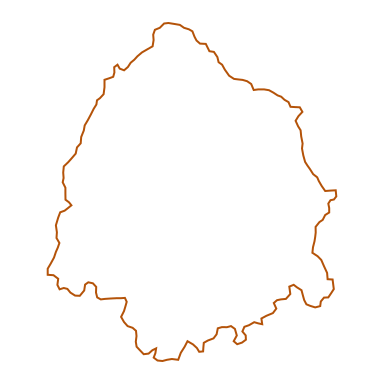 Ritápolis, Minas Gerais, Brazil
{"feature_id": "56859067B14285827347631", "entity_name": "Ritápolis", "entity_type": "district", "adm_level": 2, "iso_a3": "BRA", "parent_name": "Brazil", "parent_adm1": "Minas Gerais", "projection": "robinson", "projection_center": [-44.372, -20.976], "detail": "fine", "context": "isolated", "style": "outline", "palette": "amber", "viewbox_px": 384, "rotation_deg": 0, "n_neighbors": 0, "source": "geoboundaries", "source_scale": "gbopen_adm2", "svg_char_len": 2817}
<svg xmlns="http://www.w3.org/2000/svg" viewBox="0 0 384 384"><path d="M148.6,353.6L152.4,350.2L156.1,348.4L155.4,353.1L153.7,357.6L157.5,360.5L162.5,361.0L167.0,359.8L171.9,359.0L178.2,359.8L180.8,352.8L184.6,346.8L187.5,341.2L193.0,344.4L196.9,348.0L199.2,351.8L203.1,351.4L203.4,347.1L203.8,342.8L207.9,340.5L213.5,338.4L216.6,334.3L217.8,328.3L222.0,327.1L226.9,327.2L231.0,326.1L234.9,328.9L236.8,335.5L233.7,341.2L237.2,344.2L242.0,342.6L245.9,339.7L245.7,335.4L242.4,331.5L244.4,326.8L249.0,325.2L254.2,322.2L258.4,323.4L262.2,324.2L261.4,318.5L266.4,315.8L272.9,313.1L276.3,308.6L273.8,303.0L277.0,300.2L280.8,299.4L285.9,298.9L290.3,294.0L289.3,286.6L293.7,284.8L296.9,287.3L301.5,290.2L303.1,296.2L304.2,300.1L306.4,304.3L310.3,305.9L315.2,307.4L320.2,306.1L320.8,301.5L324.0,297.6L328.3,297.4L331.2,293.1L333.8,289.1L333.2,284.4L332.6,279.5L327.6,279.2L327.1,272.9L324.0,266.2L321.3,260.0L317.6,256.2L312.4,252.8L313.0,247.2L314.5,241.3L315.2,236.9L315.7,232.6L315.6,226.9L319.4,222.1L322.7,219.9L325.2,215.0L329.2,212.5L329.2,208.0L328.3,203.6L330.5,200.2L333.9,199.5L336.3,196.4L335.7,190.3L330.3,190.6L325.2,191.0L321.7,186.0L318.8,181.0L317.2,177.3L313.2,174.2L309.9,169.0L307.4,165.5L305.1,161.9L303.3,155.4L302.0,148.5L302.6,143.5L301.2,136.4L300.6,130.3L298.1,126.3L295.6,120.8L298.4,116.2L302.4,111.9L299.8,107.3L295.3,107.1L290.5,106.8L288.5,102.1L284.5,99.8L281.2,96.7L277.6,95.4L273.5,92.7L269.0,90.2L264.1,89.4L258.2,89.4L253.7,90.0L251.2,84.0L247.1,81.2L242.6,79.9L238.9,79.5L234.0,78.9L229.1,75.7L224.8,69.6L222.1,64.7L218.6,62.2L217.4,57.1L213.9,51.9L209.4,51.2L205.8,43.9L200.0,43.6L196.5,40.5L194.5,36.7L192.4,31.3L188.9,29.3L184.0,27.8L179.9,24.9L174.6,24.0L168.4,23.0L164.1,23.5L159.8,27.8L154.9,29.8L153.2,34.7L153.6,40.1L152.6,46.3L147.0,49.5L142.0,52.4L137.5,56.2L134.2,59.8L130.7,62.7L127.9,67.0L124.1,70.3L119.7,68.6L117.5,64.7L114.2,67.2L114.4,72.5L113.2,76.8L109.4,78.2L104.5,79.8L104.5,87.2L103.6,94.2L99.9,98.2L97.0,100.3L96.4,104.5L93.7,108.8L90.9,114.4L87.8,120.2L84.7,125.4L83.8,130.5L81.2,137.0L80.7,143.3L77.0,147.4L75.7,153.6L72.1,157.8L68.3,162.1L63.8,166.4L63.2,172.6L63.6,178.0L62.7,182.3L65.4,187.7L65.4,193.7L65.5,199.7L69.0,202.3L71.4,205.3L67.7,208.3L64.6,210.7L60.2,212.3L58.2,217.6L55.9,225.3L56.9,232.3L56.5,238.0L59.4,243.0L57.8,247.6L55.9,251.9L54.0,257.6L50.6,263.8L47.7,268.7L47.7,274.8L53.5,275.2L58.2,278.8L57.4,284.9L59.6,289.3L63.8,288.0L67.4,288.9L70.4,292.6L75.1,295.6L79.8,295.8L84.2,290.5L85.1,284.6L88.3,282.3L92.9,283.3L96.2,286.9L96.0,292.6L97.2,297.4L100.8,299.4L104.9,298.9L110.7,298.5L116.6,298.2L120.9,298.2L124.9,297.9L126.7,301.8L125.5,306.1L124.0,311.1L121.1,316.9L124.0,322.0L127.6,326.1L132.6,327.8L136.0,330.8L136.5,336.1L135.8,341.7L136.6,346.7L139.5,349.8L143.7,354.2L148.6,353.6Z" fill="none" stroke="#b45309" stroke-width="2"/></svg>